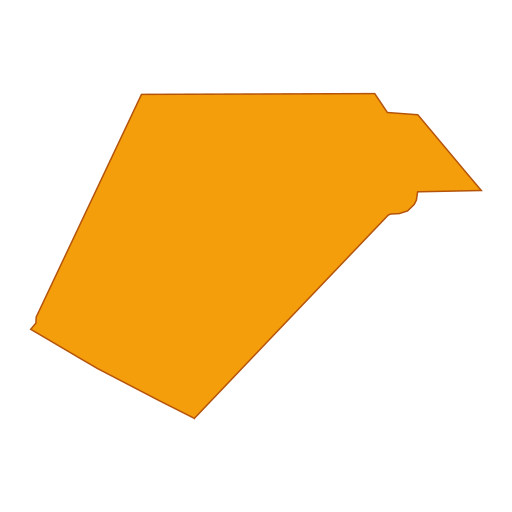 the district of Borkou Yala, Borkou, Chad
{"feature_id": "50815135B13621547433724", "entity_name": "Borkou Yala", "entity_type": "district", "adm_level": 2, "iso_a3": "TCD", "parent_name": "Chad", "parent_adm1": "Borkou", "projection": "robinson", "projection_center": [17.629, 17.462], "detail": "fine", "context": "isolated", "style": "filled", "palette": "amber", "viewbox_px": 512, "rotation_deg": 0, "n_neighbors": 0, "source": "geoboundaries", "source_scale": "gbopen_adm2", "svg_char_len": 481}
<svg xmlns="http://www.w3.org/2000/svg" viewBox="0 0 512 512"><path d="M481.3,190.5L469.2,176.2L417.8,114.8L417.0,114.7L387.4,112.5L374.7,93.6L141.5,94.4L37.7,313.9L36.2,317.0L35.9,323.1L30.7,329.3L36.5,332.7L43.8,337.0L62.3,347.9L80.3,358.5L97.4,368.5L159.1,400.6L193.4,417.9L194.2,418.2L194.4,418.4L194.5,418.2L279.0,329.5L388.3,215.0L391.0,214.0L399.2,213.6L407.6,210.9L414.3,204.3L416.4,200.1L417.6,191.8L481.3,190.5Z" fill="#f59e0b" stroke="#b45309" stroke-width="1.5"/></svg>